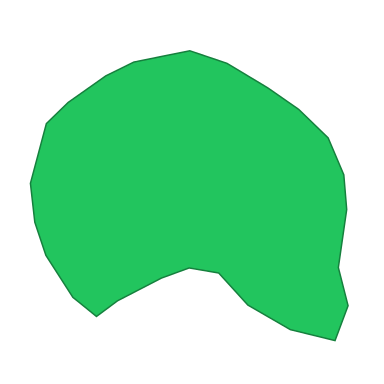 outline of Mingachevir City, Mingəçevir, Azerbaijan, rotated 183°
{"feature_id": "54616110B16521863868797", "entity_name": "Mingachevir City", "entity_type": "district", "adm_level": 2, "iso_a3": "AZE", "parent_name": "Azerbaijan", "parent_adm1": "Mingəçevir", "projection": "natural_earth1", "projection_center": [47.024, 40.77], "detail": "fine", "context": "isolated", "style": "filled", "palette": "green", "viewbox_px": 384, "rotation_deg": 183, "n_neighbors": 0, "source": "geoboundaries", "source_scale": "gbopen_adm2", "svg_char_len": 511}
<svg xmlns="http://www.w3.org/2000/svg" viewBox="0 0 384 384"><g transform="rotate(183 192 192)"><path d="M299.5,76.3L280.9,62.7L260.6,79.5L218.1,104.4L190.9,116.0L161.1,112.5L130.3,82.0L86.6,59.7L41.4,51.1L39.4,57.4L30.2,86.6L41.9,124.2L36.6,182.6L41.3,217.1L58.9,253.2L89.8,280.1L121.7,299.9L163.8,322.3L201.6,332.9L228.6,326.0L256.9,318.7L284.1,303.5L320.3,275.0L341.0,252.7L353.8,192.2L347.4,153.6L334.6,121.1L310.0,86.9L305.4,80.5L299.5,76.3Z" fill="#22c55e" stroke="#15803d" stroke-width="1.5"/></g></svg>